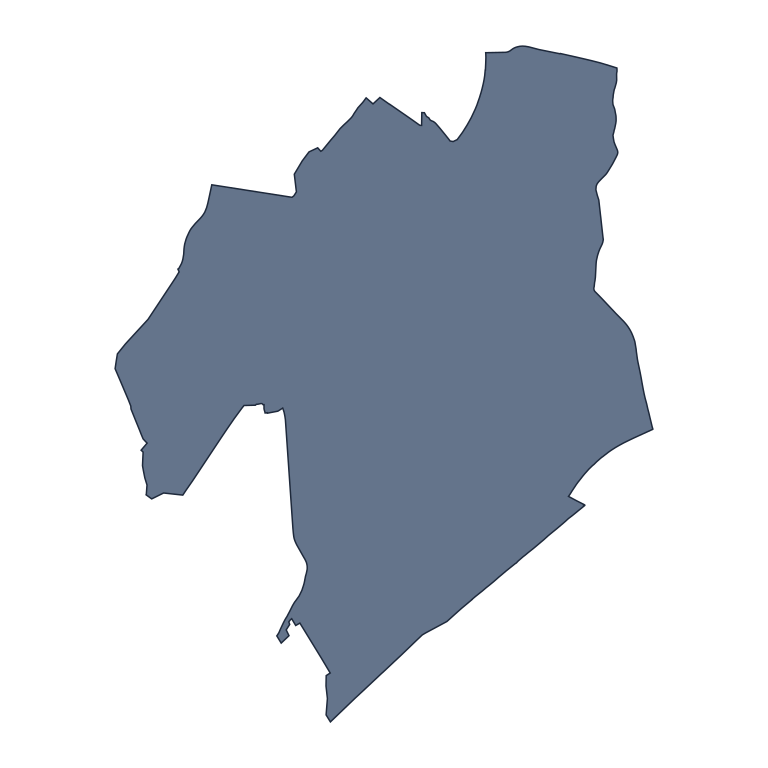 outline of Leiden, Zuid-Holland, Netherlands
{"feature_id": "6326949B91980754405751", "entity_name": "Leiden", "entity_type": "district", "adm_level": 2, "iso_a3": "NLD", "parent_name": "Netherlands", "parent_adm1": "Zuid-Holland", "projection": "orthographic", "projection_center": [4.488, 52.152], "detail": "fine", "context": "isolated", "style": "filled", "palette": "slate", "viewbox_px": 768, "rotation_deg": 0, "n_neighbors": 0, "source": "geoboundaries", "source_scale": "gbopen_adm2", "svg_char_len": 6001}
<svg xmlns="http://www.w3.org/2000/svg" viewBox="0 0 768 768"><path d="M125.3,344.1L117.4,353.9L116.3,360.6L115.1,368.7L120.2,380.6L128.5,400.2L130.8,406.1L131.0,409.0L132.4,412.5L135.5,420.2L139.5,430.0L141.3,434.6L142.4,437.2L143.1,438.9L145.5,441.5L147.1,443.1L145.8,444.7L141.1,450.2L143.1,452.1L142.5,465.7L143.4,470.7L144.8,477.8L147.0,485.0L146.3,494.5L146.1,494.8L148.0,496.2L151.7,498.9L163.6,493.0L182.8,495.1L186.2,490.0L192.6,480.8L221.2,437.7L227.6,428.2L234.3,418.5L241.8,408.3L244.0,405.5L255.5,405.2L256.3,404.3L258.0,404.2L260.7,403.6L261.9,403.6L262.6,404.1L263.2,404.8L264.0,404.7L264.0,408.6L264.2,409.7L264.8,411.7L265.1,413.0L267.2,412.7L267.3,413.2L277.8,411.2L278.0,411.1L282.7,408.1L283.0,408.9L283.5,410.4L284.1,412.3L284.5,414.3L284.9,416.3L285.2,418.4L285.4,419.8L292.9,528.3L293.3,532.8L293.6,535.4L293.8,536.8L294.2,538.7L294.9,540.8L295.7,542.7L296.7,544.8L298.0,547.1L302.9,555.8L305.0,559.4L305.6,560.7L306.1,561.7L306.5,562.8L307.0,564.9L307.2,566.6L307.2,567.2L307.2,567.8L307.2,568.9L307.1,569.7L306.7,571.6L306.3,573.5L305.5,576.2L305.0,578.9L304.8,579.8L304.7,580.5L304.1,583.4L303.2,586.4L302.6,588.1L302.2,589.4L301.9,590.3L300.4,593.4L299.0,596.2L297.8,597.8L296.1,600.2L294.5,602.3L292.6,605.5L289.5,611.7L287.9,614.7L287.0,616.5L286.0,618.0L284.9,619.9L283.6,622.4L281.8,626.2L280.4,629.2L279.4,631.5L279.0,632.5L278.0,634.1L277.1,635.5L276.8,635.9L281.2,643.1L289.0,635.7L286.2,629.9L288.0,627.1L289.7,624.4L288.8,621.9L290.3,619.9L291.7,618.7L295.7,625.5L299.9,623.1L312.7,644.0L321.4,658.2L330.2,673.0L326.2,675.6L326.0,686.0L327.4,698.5L326.1,714.9L330.4,721.9L355.2,698.1L359.2,694.4L366.5,687.6L381.5,673.5L383.0,672.2L393.4,662.4L400.7,655.6L416.5,640.4L422.3,634.9L425.5,633.0L446.9,621.5L457.1,612.3L461.5,608.4L472.0,599.6L471.9,599.5L475.3,596.6L479.3,593.4L482.2,591.1L486.3,587.6L489.1,585.4L493.6,581.7L496.7,579.0L498.6,577.3L506.2,570.9L514.9,563.9L515.3,563.6L516.0,563.2L516.4,562.9L516.7,562.6L517.5,561.7L518.3,560.9L523.0,556.8L525.1,555.2L528.2,552.6L534.1,547.9L543.7,539.8L548.1,535.8L550.4,533.9L557.5,528.1L563.5,523.0L565.9,520.9L567.6,519.3L568.9,518.2L572.2,515.7L578.2,510.8L584.6,505.6L583.8,505.1L584.3,504.7L576.3,500.6L568.5,496.4L570.3,493.8L571.9,491.2L576.4,484.4L578.0,482.2L578.9,481.1L582.8,476.1L584.7,473.8L588.9,469.1L592.5,465.6L594.0,464.4L596.6,461.8L599.3,459.4L602.1,457.0L602.3,457.0L604.7,455.1L606.7,453.6L608.3,452.3L611.3,450.2L612.7,449.3L615.5,447.5L619.3,445.3L623.7,442.9L629.2,440.2L634.0,437.9L651.5,429.9L651.9,429.8L651.9,429.6L652.9,429.1L652.2,426.9L651.1,422.3L650.0,417.8L649.0,413.5L647.8,408.9L646.7,404.0L645.9,401.0L645.1,398.1L644.1,393.7L643.3,389.7L642.7,386.5L642.0,382.7L641.3,378.6L640.1,372.3L639.2,368.0L637.9,361.9L637.4,359.1L636.6,353.3L636.4,352.0L636.1,349.0L635.1,343.1L634.9,341.9L634.6,340.8L633.8,338.5L633.4,337.3L632.5,335.0L631.5,332.7L630.3,330.4L629.6,329.2L628.2,327.0L626.6,324.8L625.7,323.7L623.6,321.3L615.7,313.3L609.5,306.7L601.5,298.2L596.9,293.5L595.9,292.5L594.9,291.5L594.6,291.1L594.4,290.6L594.1,290.1L594.0,289.7L593.9,289.0L593.8,288.2L594.2,286.5L594.6,282.5L595.0,280.6L595.2,278.8L595.4,277.3L595.6,273.5L596.1,263.7L596.3,261.5L596.5,260.1L597.0,258.0L597.4,256.1L597.8,254.7L598.8,251.6L599.9,248.8L600.4,247.8L601.5,245.5L602.2,244.0L602.8,242.2L603.3,239.6L603.0,237.5L602.6,234.0L601.1,220.6L600.9,218.5L600.5,215.2L598.8,200.0L597.3,195.3L595.9,189.8L596.2,186.1L596.3,185.9L596.9,184.3L598.0,182.6L598.5,182.0L599.3,181.1L601.6,178.7L605.9,174.4L606.1,174.1L607.1,172.8L609.1,169.6L611.9,165.0L612.4,164.2L613.0,163.1L616.2,157.0L616.8,155.7L617.0,155.3L617.3,154.7L617.5,154.0L617.7,153.2L617.8,152.8L617.7,151.7L617.7,151.4L617.6,151.0L617.5,150.6L617.4,150.3L616.9,149.0L614.9,144.3L614.0,141.8L613.4,138.3L613.0,135.4L613.0,135.1L613.8,132.2L614.0,131.3L614.1,130.5L614.7,128.6L615.0,127.1L615.8,123.2L616.0,121.6L616.1,121.0L616.1,120.1L616.1,118.6L616.0,116.1L615.9,115.4L615.2,111.9L615.0,110.7L614.7,109.1L614.2,107.8L613.0,104.6L612.9,103.7L612.7,101.0L612.7,100.6L612.8,99.2L613.1,97.3L613.2,95.5L613.3,94.8L613.4,94.0L613.6,93.2L613.8,91.8L614.1,90.4L614.2,89.7L614.4,89.2L614.8,88.2L616.3,82.8L616.6,80.8L616.7,80.2L616.6,75.1L616.6,74.0L616.7,72.9L616.9,71.9L617.0,71.4L617.0,69.6L616.9,68.0L609.6,65.7L600.3,62.9L591.3,60.6L582.4,58.5L560.3,53.5L560.0,53.8L559.2,53.6L555.6,52.9L538.8,49.5L528.9,46.9L525.5,46.3L522.5,46.1L519.8,46.3L518.0,46.7L516.1,47.2L514.2,48.0L512.8,48.8L509.8,51.0L508.1,51.8L506.0,52.3L485.7,52.7L485.8,54.4L485.9,57.5L485.7,63.6L485.4,70.1L485.2,70.1L484.7,75.6L484.1,79.5L483.2,84.0L482.0,89.0L481.0,92.7L480.3,94.9L479.5,97.6L478.4,100.7L476.9,105.1L475.2,109.2L471.3,117.5L469.1,121.5L467.2,124.9L464.5,129.2L463.0,131.6L461.9,133.2L460.8,134.7L457.2,139.6L453.0,141.6L452.6,141.4L451.0,141.2L450.1,141.0L448.9,139.4L445.5,135.1L439.8,128.1L436.0,123.7L435.4,123.1L434.6,122.4L433.3,121.5L431.1,120.6L430.4,120.1L429.9,119.6L429.7,119.3L429.3,118.7L429.0,118.1L428.7,117.8L426.9,116.7L426.5,116.4L426.1,115.8L424.4,112.7L424.2,112.7L421.8,112.6L421.6,125.4L419.8,125.3L412.8,120.3L407.8,116.8L389.6,104.2L389.5,104.3L379.9,97.5L373.0,103.9L366.3,98.0L366.2,98.0L366.1,97.9L366.0,98.0L363.6,101.3L362.5,102.7L360.5,104.9L358.6,107.0L357.8,107.9L356.8,109.5L354.2,113.3L352.8,115.7L352.3,116.4L351.6,117.3L350.8,118.2L349.2,119.8L347.3,121.7L344.9,123.9L343.5,125.2L340.7,128.0L340.0,128.7L334.7,135.5L330.5,140.4L322.4,150.3L320.8,151.3L317.7,147.8L309.0,151.9L302.3,160.8L294.3,174.2L296.4,191.9L293.9,195.8L293.7,196.0L292.0,197.3L211.8,184.8L209.3,196.5L207.8,203.3L207.2,205.5L206.6,207.7L205.7,209.9L204.8,212.1L203.6,214.1L202.1,216.2L200.4,218.2L195.4,223.4L192.4,227.0L191.0,228.8L189.8,230.8L188.8,232.8L186.8,237.2L186.0,239.4L184.7,244.0L184.3,246.4L184.0,248.9L183.7,254.2L182.9,259.0L182.3,261.3L181.5,263.5L180.4,265.6L178.8,268.5L177.9,269.1L178.4,270.2L179.1,271.9L175.2,278.3L173.1,281.5L148.0,319.4L128.2,340.9L125.3,344.1Z" fill="#64748b" stroke="#1e293b" stroke-width="1.5"/></svg>